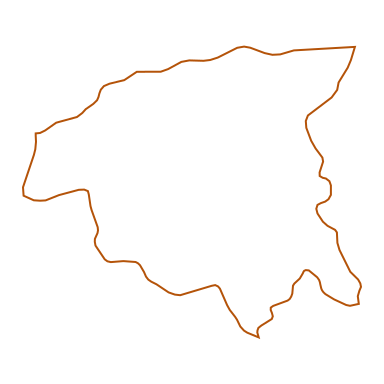 map outline of Chlef (Mercator projection)
{"feature_id": "DZA-2200", "entity_name": "Chlef", "entity_type": "Province", "adm_level": 1, "iso_a3": "DZA", "parent_name": "Algeria", "parent_adm1": "", "projection": "mercator", "projection_center": [1.303, 36.195], "detail": "fine", "context": "isolated", "style": "outline", "palette": "amber", "viewbox_px": 384, "rotation_deg": 0, "n_neighbors": 0, "source": "natural_earth", "source_scale": "10m", "svg_char_len": 1902}
<svg xmlns="http://www.w3.org/2000/svg" viewBox="0 0 384 384"><path d="M35.7,133.4L40.0,133.0L45.1,130.5L56.2,122.7L77.0,117.0L82.3,113.0L85.7,109.2L93.3,103.9L97.1,100.2L98.5,97.0L99.4,93.4L100.8,89.7L103.9,86.1L109.5,83.7L124.3,80.1L136.8,71.8L160.8,71.7L168.1,69.1L181.3,61.9L189.3,60.4L203.5,60.8L210.2,60.0L217.7,57.6L237.2,47.8L244.1,46.6L250.2,47.7L264.7,53.1L272.4,54.8L280.2,54.4L293.9,50.4L354.9,46.9L350.9,60.1L347.7,67.7L338.6,82.5L337.2,89.9L331.6,97.5L307.9,115.5L305.8,121.0L306.3,127.8L311.2,140.8L315.6,148.5L322.4,157.6L323.1,161.6L319.6,172.4L319.7,176.0L322.7,177.8L325.9,178.5L329.4,181.2L330.9,185.4L330.9,194.9L328.5,199.2L325.2,201.6L320.9,203.1L317.5,204.9L316.3,208.8L317.5,213.5L322.9,221.7L327.5,225.8L335.1,229.9L336.9,232.4L337.4,242.9L339.5,250.0L350.3,271.8L358.1,279.5L360.3,283.4L361.0,286.9L359.4,290.7L357.8,296.2L358.8,303.9L350.0,305.8L346.2,305.0L334.1,299.4L325.4,294.1L323.4,292.2L322.1,290.4L321.3,288.6L320.3,284.4L319.9,282.3L319.1,280.0L317.2,277.3L308.8,270.4L305.8,270.1L304.2,270.8L303.5,271.8L303.2,272.5L302.8,273.4L299.8,278.5L294.3,283.6L293.0,285.7L292.3,293.6L291.2,296.6L289.7,299.0L287.6,300.6L273.2,305.9L270.8,307.6L270.7,310.0L271.9,312.9L272.8,316.3L271.8,319.0L261.4,325.5L258.4,327.9L257.5,330.4L257.3,332.5L258.7,337.4L247.3,332.7L244.0,330.6L240.3,326.5L237.0,319.7L235.1,316.8L229.8,310.0L227.1,305.1L219.9,288.6L218.0,286.4L215.2,285.1L211.7,285.8L180.2,295.2L174.9,294.6L168.6,292.4L156.5,284.3L151.3,281.7L148.3,279.6L146.0,276.6L144.0,272.0L140.0,265.2L137.9,263.2L135.6,262.0L123.4,261.1L110.8,262.1L107.4,261.3L104.7,259.3L95.5,245.6L94.8,241.8L94.9,238.9L97.5,233.1L98.0,230.4L97.7,227.2L91.6,210.1L90.5,206.1L88.8,194.5L87.9,191.1L84.2,189.6L78.8,189.8L59.0,195.1L45.6,200.4L40.2,200.7L33.8,200.3L23.6,195.7L23.0,187.3L33.9,154.9L35.3,149.3L36.0,141.8L35.7,135.5L35.7,133.4Z" fill="none" stroke="#b45309" stroke-width="2"/></svg>